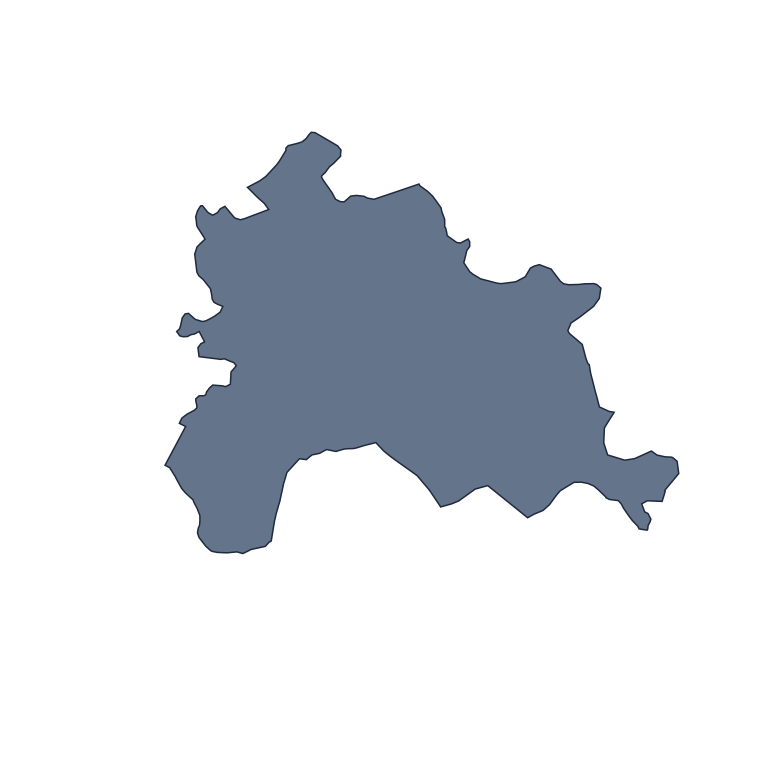 outline of Kafr Saqr, Ash Sharqiyah, Egypt, rotated 241°
{"feature_id": "37247803B80912790531935", "entity_name": "Kafr Saqr", "entity_type": "district", "adm_level": 2, "iso_a3": "EGY", "parent_name": "Egypt", "parent_adm1": "Ash Sharqiyah", "projection": "albers", "projection_center": [31.663, 30.836], "detail": "fine", "context": "isolated", "style": "filled", "palette": "slate", "viewbox_px": 768, "rotation_deg": 241, "n_neighbors": 0, "source": "geoboundaries", "source_scale": "gbopen_adm2", "svg_char_len": 4251}
<svg xmlns="http://www.w3.org/2000/svg" viewBox="0 0 768 768"><g transform="rotate(241 384 384)"><path d="M635.8,411.4L629.7,400.6L627.7,396.3L626.7,393.1L622.8,381.3L621.9,373.8L622.2,359.9L619.6,360.7L608.4,363.9L599.9,366.9L594.8,367.5L592.5,367.8L596.2,342.3L597.3,338.0L601.6,333.9L616.5,331.0L616.6,325.7L614.6,321.4L614.7,316.0L617.9,314.0L620.0,313.0L627.9,311.7L628.7,310.1L627.7,308.0L625.7,304.7L621.6,300.4L618.4,299.2L613.2,297.0L611.1,296.9L599.5,297.7L597.4,297.6L595.5,290.1L594.5,286.9L592.2,284.5L591.4,283.6L589.3,281.4L572.6,274.6L568.4,274.5L563.1,276.5L556.8,277.5L551.5,278.4L544.2,276.1L542.1,275.0L540.0,274.9L537.9,274.9L534.7,276.9L530.0,280.7L526.3,275.6L525.4,268.1L525.4,263.9L525.6,258.6L526.7,255.4L529.9,252.3L532.1,250.2L540.6,247.2L541.7,244.0L541.2,242.9L539.7,239.7L533.5,234.2L531.4,232.0L530.4,228.1L525.2,228.7L523.0,230.8L520.8,235.0L520.7,239.2L519.6,242.4L519.5,247.8L507.9,247.5L508.0,243.2L506.0,238.9L497.6,235.5L484.6,253.3L483.5,256.5L475.3,263.1L474.5,263.2L471.7,263.6L470.7,261.5L468.7,256.1L463.5,252.8L458.3,249.5L458.4,245.6L458.5,244.1L460.6,242.0L466.1,233.7L465.1,229.4L463.1,225.0L461.0,222.9L461.1,220.7L463.3,216.5L462.3,212.2L460.2,211.1L456.0,209.9L453.9,208.8L453.0,205.6L453.1,197.1L452.2,190.7L448.8,185.9L445.5,188.2L443.0,189.9L419.1,153.1L414.5,156.1L413.5,156.1L408.9,156.3L403.4,156.6L402.6,156.4L393.2,156.4L390.7,156.4L384.9,157.6L378.5,159.7L375.3,160.8L372.8,160.4L365.4,160.2L358.3,159.2L356.4,158.2L353.8,156.8L349.9,154.2L347.9,151.6L344.2,148.7L339.6,147.8L338.1,148.0L328.5,149.5L324.6,150.8L321.9,151.8L320.7,152.8L317.4,156.7L312.3,165.1L309.0,172.8L308.3,174.1L304.1,178.4L303.8,184.9L303.8,187.2L300.9,196.9L299.5,201.6L301.3,206.5L301.3,207.5L301.4,209.3L317.0,221.6L323.4,227.4L326.0,230.0L329.0,233.0L331.8,235.9L336.3,239.8L344.1,246.7L345.0,247.4L353.7,256.2L357.1,266.3L359.6,273.8L355.5,279.4L356.9,286.5L354.6,294.0L354.5,302.0L348.3,309.3L346.6,316.9L346.1,318.5L345.0,320.8L342.3,326.1L341.6,328.3L339.9,336.3L336.7,348.5L333.3,349.3L325.2,351.4L323.7,352.0L316.6,354.9L315.8,355.3L308.5,358.7L298.5,363.5L287.7,368.6L280.4,370.0L269.6,372.2L258.3,373.2L250.1,373.9L249.0,373.9L246.4,385.0L246.3,385.9L245.5,392.5L245.6,393.5L247.9,412.8L246.4,419.0L244.8,425.5L197.4,444.8L197.4,452.1L196.3,461.7L198.2,470.2L200.2,474.5L203.2,481.0L205.2,486.4L205.9,502.4L202.7,508.7L201.6,510.0L198.3,514.0L193.0,518.1L187.7,520.1L178.1,523.1L177.0,523.0L173.8,525.1L168.4,532.4L164.2,533.4L160.3,533.3L158.9,533.3L150.5,534.1L144.1,535.0L136.7,537.0L133.5,536.9L128.6,543.3L129.2,544.3L132.3,546.5L134.3,549.7L136.4,551.9L140.6,552.0L142.7,552.1L145.9,550.0L154.3,551.3L154.2,557.7L146.5,570.3L149.8,573.8L153.8,577.9L154.8,577.9L162.8,598.4L174.3,602.9L179.6,600.9L180.7,599.9L184.0,594.6L189.4,588.4L195.8,585.3L196.3,578.2L197.2,567.2L200.6,557.7L204.5,553.9L209.2,549.4L213.5,545.2L226.1,547.7L238.6,555.4L240.6,558.7L246.2,568.9L247.7,571.6L251.0,567.5L255.2,564.4L259.5,561.3L270.9,564.2L273.1,564.7L276.2,565.5L293.0,569.9L301.5,572.9L302.9,572.2L304.9,572.5L308.8,573.1L311.5,573.8L322.5,576.6L326.3,575.2L338.4,570.6L341.6,570.7L346.7,577.2L347.5,586.8L350.3,605.0L354.4,613.7L362.7,620.2L368.0,618.2L370.1,616.2L374.5,607.7L376.7,602.5L381.1,594.0L384.4,589.8L388.1,588.1L402.4,586.0L403.4,586.0L404.5,585.0L413.1,577.7L414.3,572.4L414.4,568.2L411.7,563.6L409.3,559.5L409.5,548.9L412.8,540.4L415.0,535.1L417.2,532.0L420.5,528.5L429.1,519.5L433.6,516.9L436.8,515.0L440.8,513.4L448.2,512.8L451.4,512.6L455.2,516.2L460.7,521.3L462.7,525.6L466.9,527.9L468.1,527.9L469.0,527.9L470.0,527.9L470.1,525.8L470.2,519.4L472.4,516.3L476.7,514.2L483.0,511.2L486.2,512.3L490.3,513.5L492.5,513.5L494.5,514.7L496.6,515.8L498.7,516.9L507.1,518.2L510.3,519.3L518.7,518.4L525.0,517.5L531.4,515.5L539.9,511.5L542.0,511.5L542.1,510.5L546.1,488.2L550.4,464.8L554.7,459.6L557.9,457.5L562.3,451.3L564.5,446.0L563.5,441.7L562.6,437.4L564.7,434.2L569.0,431.2L572.2,431.2L576.4,431.3L592.3,429.6L595.4,429.7L596.4,430.7L597.4,435.0L600.4,441.5L601.4,446.9L604.3,456.5L606.4,457.6L607.2,458.2L609.5,459.8L614.8,458.9L637.2,445.6L639.4,442.4L638.4,439.2L636.4,434.9L635.5,429.6L636.6,424.3L638.9,415.8L637.9,412.6L635.8,411.4Z" fill="#64748b" stroke="#1e293b" stroke-width="1.5"/></g></svg>